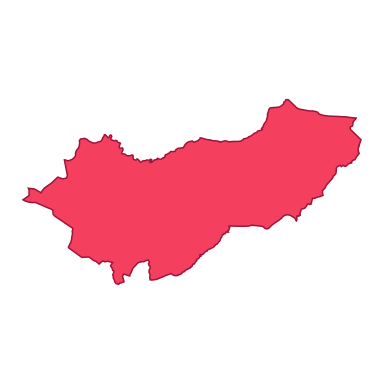 outline of Santa Catarina Tlaltempan, Puebla, Mexico
{"feature_id": "50627088B53125297105915", "entity_name": "Santa Catarina Tlaltempan", "entity_type": "district", "adm_level": 2, "iso_a3": "MEX", "parent_name": "Mexico", "parent_adm1": "Puebla", "projection": "mercator", "projection_center": [-98.08, 18.615], "detail": "fine", "context": "isolated", "style": "filled", "palette": "rose", "viewbox_px": 384, "rotation_deg": 0, "n_neighbors": 0, "source": "geoboundaries", "source_scale": "gbopen_adm2", "svg_char_len": 6050}
<svg xmlns="http://www.w3.org/2000/svg" viewBox="0 0 384 384"><path d="M173.6,275.4L176.0,275.7L178.0,275.4L178.0,275.0L179.3,274.6L179.8,274.7L180.2,274.2L181.8,273.5L182.5,272.1L183.2,272.0L183.9,272.0L184.0,271.7L184.9,271.1L185.1,270.4L187.7,269.2L187.7,268.9L188.0,268.7L189.1,268.6L189.7,268.3L190.7,267.5L190.8,267.2L190.6,266.9L190.8,266.7L191.6,266.7L192.5,265.6L192.6,264.4L193.0,264.1L194.0,264.1L194.5,263.7L195.2,262.2L196.6,260.9L196.8,260.4L196.5,259.9L196.9,259.4L197.4,259.0L198.5,258.6L199.3,257.6L199.8,256.5L201.0,256.1L200.9,255.8L199.9,255.3L199.8,255.0L200.1,254.7L200.7,254.6L201.9,254.8L203.0,254.3L203.8,253.3L204.4,252.9L205.3,251.8L206.3,251.2L207.2,251.0L207.5,250.1L208.0,249.7L210.1,248.9L213.2,247.3L214.3,246.5L215.7,244.6L217.2,244.0L218.8,241.9L220.0,240.6L220.9,238.0L221.2,237.7L221.5,237.3L222.1,235.6L222.3,234.9L223.6,234.6L223.8,233.6L225.4,233.6L225.9,232.1L226.4,232.0L227.8,232.2L228.4,232.1L227.8,231.3L227.8,230.8L228.7,230.4L229.7,227.6L229.0,226.9L229.1,226.0L242.2,226.3L248.5,226.1L251.3,225.3L252.4,225.3L258.0,225.8L262.9,226.5L264.8,228.3L265.8,228.7L266.9,228.9L267.9,228.7L268.8,228.2L271.6,225.4L274.6,223.1L279.7,219.7L281.8,217.9L283.1,216.4L285.0,215.2L287.3,214.8L288.6,214.9L290.4,215.4L293.5,217.3L294.8,218.3L295.6,219.3L295.9,220.4L296.3,220.9L296.9,220.0L296.8,218.6L296.9,218.0L296.7,217.1L297.0,216.1L297.4,215.8L297.9,216.1L298.0,215.9L298.8,216.1L300.2,215.3L300.1,212.9L300.8,211.1L301.2,209.3L304.8,208.2L306.5,206.2L307.4,204.2L308.2,203.9L310.0,204.5L311.1,204.1L312.5,198.4L314.4,198.4L317.5,197.1L319.7,196.7L323.0,195.4L322.5,192.8L322.5,191.1L322.8,190.1L323.2,190.0L325.3,187.7L326.2,185.4L332.6,178.1L333.4,175.9L334.2,175.6L335.9,173.6L336.4,169.3L336.2,168.3L336.9,167.1L338.4,166.1L340.1,165.4L341.3,166.6L342.9,165.4L344.8,166.4L346.2,166.0L348.7,163.6L350.1,163.3L351.0,162.6L351.6,162.9L351.7,162.4L351.5,161.6L354.0,159.8L354.8,159.8L357.2,155.8L358.0,155.2L358.1,154.6L358.7,153.9L359.2,153.6L358.0,149.9L358.4,147.7L359.2,146.1L358.9,144.8L359.4,144.5L361.0,139.7L350.4,129.4L350.2,127.2L350.6,126.8L351.6,126.5L352.7,125.7L352.7,124.6L353.1,122.0L353.8,121.1L355.8,118.9L356.2,118.1L349.5,117.4L346.6,116.9L327.9,116.0L324.4,115.6L320.4,114.5L318.8,113.8L317.9,112.5L316.6,111.7L312.4,110.9L310.4,111.0L308.7,110.8L300.4,109.3L297.9,108.6L296.2,107.3L288.2,99.6L285.9,99.7L285.3,101.0L284.5,101.9L283.8,102.1L283.7,103.5L283.4,104.0L282.6,104.9L281.6,105.5L280.8,106.3L279.0,107.1L276.7,107.2L275.5,107.5L273.1,107.5L272.7,107.8L271.4,107.7L270.0,108.0L268.9,109.4L268.6,110.9L267.6,113.5L267.4,115.0L267.8,115.4L266.1,121.3L265.4,122.2L264.5,123.2L263.4,125.4L263.4,126.2L262.5,127.4L261.5,128.4L262.3,129.7L260.2,130.5L258.4,130.8L257.3,131.3L256.8,132.5L254.4,133.2L251.4,135.7L248.5,136.9L248.0,137.6L246.5,138.3L243.7,138.8L243.3,139.8L242.2,140.1L240.6,141.3L240.0,141.2L237.4,141.5L235.1,141.4L231.8,141.5L229.8,141.9L225.3,140.8L223.3,141.2L219.8,142.2L219.7,141.7L218.9,141.4L216.5,140.9L212.8,140.7L210.2,139.9L206.1,139.4L205.0,139.1L202.1,138.1L200.2,137.9L200.0,138.7L198.2,140.5L193.9,142.2L192.3,141.0L189.3,141.6L187.6,142.3L186.1,143.4L184.9,144.9L183.3,147.7L178.1,148.3L176.2,149.4L175.6,150.1L175.0,151.4L172.3,151.6L171.5,151.5L170.9,151.5L170.4,151.8L169.1,153.2L168.2,153.4L167.7,154.0L166.9,154.4L165.4,154.7L164.5,157.6L163.2,157.6L162.8,158.2L162.3,158.3L161.1,159.3L160.1,159.3L159.2,159.1L157.7,158.3L157.2,158.4L156.9,159.5L154.4,159.9L152.2,161.9L151.6,162.3L150.9,162.5L149.8,162.2L150.7,161.1L151.5,160.6L151.7,159.7L151.0,159.3L150.3,159.3L149.0,160.4L146.9,159.9L146.4,160.0L145.8,160.8L143.8,160.6L142.9,160.8L141.6,161.9L140.9,162.1L140.5,162.1L139.9,161.7L139.5,161.0L138.4,159.8L137.7,159.2L137.2,158.9L136.8,159.1L136.5,159.7L135.7,160.0L134.9,159.9L133.6,159.3L133.2,158.7L133.0,157.5L133.2,155.9L132.7,155.1L131.7,155.1L129.7,155.7L128.1,155.8L127.0,155.6L124.5,153.9L122.7,154.0L121.7,153.3L121.8,152.4L122.5,150.8L123.1,149.9L122.7,148.1L122.3,147.9L121.2,148.2L119.9,148.2L119.5,147.7L119.3,146.9L119.6,145.3L120.4,143.3L119.5,142.6L118.5,142.6L118.0,142.5L117.6,142.1L117.3,141.1L116.2,140.5L115.4,140.3L114.6,140.8L113.7,140.7L112.6,140.2L112.2,140.1L111.1,139.5L110.8,139.0L110.9,138.3L111.8,136.5L111.6,135.8L110.9,135.0L110.2,135.1L109.6,135.8L109.2,137.3L108.8,137.7L108.0,137.5L105.5,134.9L104.4,134.7L104.1,135.8L102.8,137.7L101.6,140.6L101.1,141.0L99.6,141.6L97.2,142.3L96.3,142.7L95.4,143.0L94.4,143.1L92.2,142.7L89.8,141.4L88.9,141.1L86.7,139.2L85.0,138.5L84.4,138.3L83.7,138.7L80.9,138.9L80.2,139.4L79.6,140.3L79.3,141.0L79.7,142.3L79.2,146.3L78.5,147.9L76.8,149.9L75.7,152.0L75.5,153.2L75.6,155.1L75.2,156.3L74.6,157.2L73.7,158.1L72.4,159.2L70.7,160.0L68.2,160.8L67.0,160.6L66.3,160.2L65.0,159.9L64.4,159.9L67.4,175.6L66.5,178.0L62.8,178.9L57.8,177.1L51.4,183.1L44.3,188.1L41.6,191.5L41.2,192.8L34.5,189.0L28.3,188.2L29.1,190.4L29.0,195.3L28.8,195.7L23.0,199.8L25.7,201.2L28.8,202.1L32.1,202.6L35.6,202.5L47.3,207.6L51.5,209.2L52.8,210.1L53.1,214.2L54.6,216.0L63.5,222.0L64.8,223.0L72.5,228.1L72.9,228.7L72.7,229.7L72.3,230.8L72.2,231.7L72.5,233.3L71.9,236.7L71.5,239.9L70.7,242.7L70.0,243.6L69.3,245.6L68.8,246.2L68.4,247.1L68.5,247.6L68.8,248.0L70.6,249.2L81.8,257.4L89.2,257.0L92.2,259.5L94.2,260.8L95.9,261.2L99.1,264.1L102.1,261.3L103.3,261.0L104.7,261.8L107.6,261.2L112.6,262.6L110.5,265.7L112.3,268.7L112.6,270.4L113.2,270.3L113.5,270.5L113.9,271.4L113.7,272.4L112.8,274.7L112.8,275.3L113.2,276.1L113.4,277.0L113.2,277.9L114.5,280.6L114.7,281.7L116.1,283.6L118.5,284.4L119.8,283.1L121.5,282.8L124.0,281.8L123.2,278.5L122.7,277.1L122.6,276.3L123.6,274.0L129.7,276.0L130.1,274.3L131.3,272.2L132.9,268.2L136.0,265.0L137.3,263.4L138.9,262.4L139.7,262.2L142.1,261.7L144.0,261.7L145.8,260.7L147.0,260.4L148.1,260.0L149.2,261.5L149.4,262.1L148.5,263.6L148.6,264.6L149.3,265.9L150.1,266.2L150.3,266.9L150.0,268.3L149.2,269.9L149.0,271.1L149.0,272.0L150.0,274.6L149.8,278.0L150.2,279.9L152.6,280.0L156.6,279.4L167.1,275.0L171.4,273.6L173.6,275.4Z" fill="#f43f5e" stroke="#9f1239" stroke-width="1.5"/></svg>